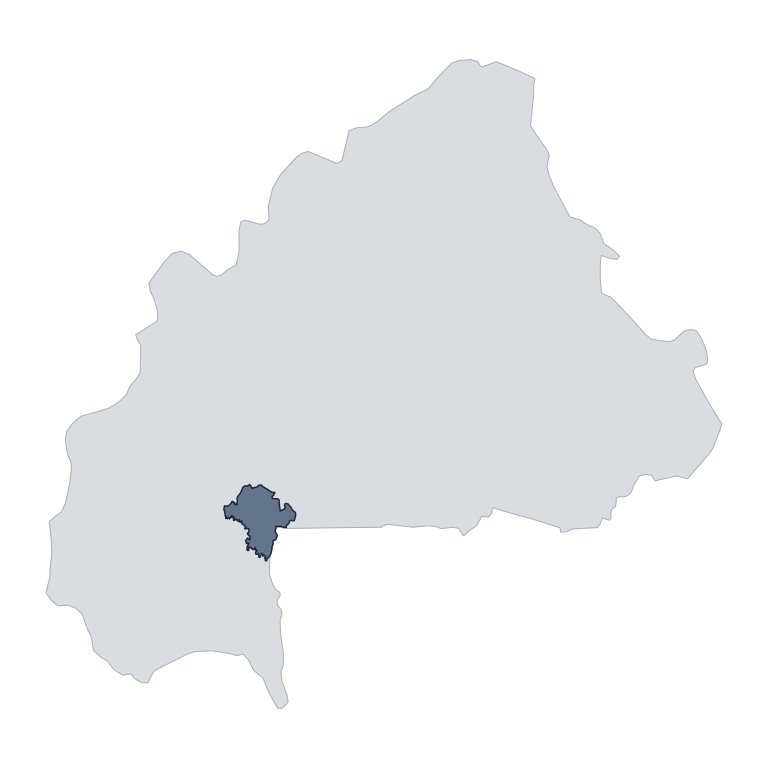 Ioba, Ioba, Burkina Faso shown in context
{"feature_id": "67063806B47797635439115", "entity_name": "Ioba", "entity_type": "district", "adm_level": 2, "iso_a3": "BFA", "parent_name": "Burkina Faso", "parent_adm1": "Ioba", "projection": "equal_earth", "projection_center": [-3.138, 11.037], "detail": "fine", "context": "in_parent", "style": "filled", "palette": "slate", "viewbox_px": 768, "rotation_deg": 0, "n_neighbors": 0, "source": "geoboundaries", "source_scale": "gbopen_adm2", "svg_char_len": 8850}
<svg xmlns="http://www.w3.org/2000/svg" viewBox="0 0 768 768"><path d="M595.4,527.7L573.4,528.8L565.4,532.0L560.5,532.1L560.4,529.4L559.8,527.8L532.0,518.9L512.5,513.6L492.7,507.7L491.6,513.2L488.8,516.8L484.6,517.0L481.6,516.2L479.6,520.4L476.4,526.0L471.8,528.8L467.3,532.2L464.8,535.2L463.0,535.3L458.5,528.2L452.5,527.4L441.2,528.6L436.2,526.7L429.3,525.7L413.0,527.2L387.0,524.3L382.8,525.9L381.7,527.2L355.9,527.5L327.6,527.9L303.9,528.2L283.2,528.5L283.2,527.2L276.5,527.1L275.8,529.5L269.9,558.2L269.3,573.8L272.4,583.5L275.9,589.7L279.8,592.2L280.2,595.7L277.1,600.2L277.4,604.8L281.1,609.6L282.0,614.6L280.1,619.9L280.5,632.5L283.3,652.5L283.4,665.4L280.8,671.3L282.0,681.5L287.2,695.8L288.1,701.8L286.2,704.6L282.0,708.4L277.7,708.2L272.7,699.6L270.5,695.7L266.4,686.9L263.0,678.1L258.3,674.2L253.8,670.6L248.2,659.4L242.9,654.1L237.2,655.6L228.9,653.5L212.2,650.8L194.3,651.6L186.8,654.2L179.5,658.2L160.8,667.2L153.5,671.6L147.9,682.9L141.6,682.6L135.2,679.0L131.2,673.9L122.8,675.1L114.5,670.1L106.6,660.4L100.8,657.2L93.3,650.1L91.3,636.7L86.6,627.3L82.3,614.2L75.8,608.3L68.4,605.2L58.1,605.9L51.4,600.6L46.1,593.0L47.5,586.3L49.9,576.9L50.2,567.9L51.9,553.2L50.9,534.8L49.1,522.0L54.8,516.7L61.4,511.9L65.4,503.2L69.7,483.7L71.6,466.8L70.3,460.6L68.1,455.6L66.4,448.3L65.4,439.5L66.6,431.7L71.6,424.5L77.8,418.6L82.2,415.7L93.9,412.7L108.5,408.2L117.0,403.2L123.1,398.1L126.6,394.1L130.1,385.9L135.7,379.6L140.1,373.2L140.7,355.3L140.7,345.2L137.5,339.6L135.7,334.8L157.4,320.9L157.5,311.0L154.5,300.0L150.3,291.2L148.8,283.6L154.8,274.6L160.1,267.9L163.9,262.1L172.5,253.4L181.3,251.1L189.3,254.4L212.9,275.0L217.0,276.3L221.9,274.7L228.1,269.3L236.2,265.0L239.2,251.3L238.9,231.1L240.8,221.8L245.0,220.2L258.6,224.0L262.2,224.2L266.1,222.9L269.0,219.4L268.8,212.9L268.2,207.1L272.6,188.4L280.7,174.3L297.0,156.7L302.1,153.2L308.0,151.4L337.3,163.5L342.0,160.5L349.1,130.5L357.0,127.7L366.5,127.2L372.7,124.6L375.9,122.5L389.8,111.2L414.2,95.7L427.4,89.1L430.0,86.6L439.4,75.6L451.8,63.1L459.8,60.5L470.8,59.6L477.8,61.7L479.7,65.3L482.0,67.1L496.3,61.7L517.0,70.2L534.9,78.6L533.7,83.9L533.7,93.3L532.3,108.1L530.6,125.9L538.0,137.4L546.9,149.8L549.3,154.6L547.0,166.8L548.7,174.0L553.4,185.9L561.4,201.1L569.7,216.7L575.3,218.7L580.7,220.0L584.0,222.8L588.8,225.5L593.5,227.2L597.7,230.6L600.4,234.0L603.8,243.6L613.1,250.0L619.5,256.3L617.0,259.4L609.0,258.2L601.4,255.4L600.4,260.0L600.2,277.7L601.5,292.4L603.3,294.4L610.9,297.1L629.1,316.2L645.5,334.3L651.0,339.0L660.1,340.8L670.2,341.5L674.6,339.9L684.3,330.8L689.5,329.7L694.4,330.0L697.0,331.5L701.7,338.9L706.2,350.1L707.6,358.4L707.2,362.9L705.7,364.6L697.6,366.7L694.2,368.4L693.3,370.8L694.6,376.4L696.2,380.0L705.1,396.3L718.0,418.1L721.9,423.8L719.8,430.3L713.4,447.4L708.6,454.5L687.4,478.8L676.9,475.9L654.9,480.8L651.6,475.2L646.4,474.5L640.1,475.5L637.8,477.6L637.1,480.0L634.8,483.3L630.8,492.9L627.7,495.4L623.8,496.9L619.0,496.7L616.2,497.9L616.2,502.7L615.4,506.8L612.1,508.9L610.8,513.5L611.1,518.1L609.2,520.2L605.0,519.1L602.6,517.8L600.3,523.7L597.4,527.7L595.4,527.7Z" fill="#d9dde1" stroke="#a8b0b8" stroke-width="1"/><path d="M274.8,492.7L274.7,492.5L274.3,492.7L273.9,492.6L273.3,492.3L272.7,492.5L272.0,492.3L271.4,491.9L271.1,491.8L270.8,491.5L270.1,491.3L269.7,491.0L269.4,490.6L268.4,490.1L268.1,489.8L268.0,489.6L267.8,489.5L267.4,489.5L266.8,488.9L266.3,488.7L263.5,487.1L262.8,486.6L262.2,485.9L262.0,485.7L262.0,485.8L261.2,485.3L259.9,485.0L259.3,485.0L258.3,485.6L257.2,487.0L255.7,487.4L254.3,487.5L253.4,487.9L253.1,488.0L252.7,488.4L252.4,488.5L252.0,488.3L251.8,487.6L251.3,486.6L250.6,485.6L249.6,484.5L248.8,485.3L247.9,485.9L247.5,486.0L245.9,485.8L245.2,485.9L243.7,486.7L243.0,487.3L242.7,487.7L242.3,488.9L241.4,490.8L240.9,492.3L240.3,493.3L238.0,496.1L237.5,496.9L237.3,497.7L237.1,498.2L237.1,499.7L237.4,500.5L237.5,500.8L237.4,501.5L237.4,502.1L237.2,503.0L237.2,503.7L237.0,503.4L236.8,503.4L236.5,503.4L236.2,503.3L235.9,504.0L235.6,504.2L235.5,504.7L235.1,504.6L234.9,504.4L234.6,503.8L234.3,503.7L234.3,502.8L234.1,502.9L233.9,502.4L233.7,502.3L233.5,502.2L233.3,502.2L233.2,501.8L232.8,501.5L232.6,501.4L232.2,501.4L231.8,501.7L231.3,503.0L230.7,503.7L229.0,505.4L227.5,506.1L227.2,506.4L226.1,506.1L224.5,506.0L224.3,507.0L224.0,507.9L224.1,509.0L223.9,509.6L224.1,510.4L224.7,511.3L224.8,513.0L225.2,514.4L225.2,515.0L225.1,515.3L225.1,515.9L225.9,516.7L225.9,516.9L225.7,517.4L225.8,517.9L226.1,518.0L226.0,518.3L226.3,518.3L226.7,517.8L226.8,517.9L226.8,517.7L227.2,517.7L227.3,517.9L227.8,518.4L228.6,517.7L228.7,517.8L228.9,518.1L229.3,518.3L229.5,518.6L230.1,517.4L230.7,517.5L230.8,517.7L231.1,517.5L231.2,517.3L231.2,516.6L231.3,516.5L231.4,516.1L231.6,515.9L231.9,515.8L231.8,516.0L231.6,516.1L231.6,516.3L231.9,516.9L232.2,517.4L232.6,517.5L233.3,517.5L233.5,517.3L233.6,516.9L233.7,517.0L233.7,517.6L233.9,517.4L234.0,517.5L234.1,517.8L234.0,518.0L233.9,518.2L233.4,517.9L233.3,518.0L233.6,518.9L233.5,519.6L233.8,519.9L233.7,520.4L234.0,520.4L234.0,520.2L234.6,519.8L234.8,519.9L235.0,519.6L235.4,519.4L235.7,519.5L235.8,519.3L236.0,519.5L236.3,519.3L236.6,519.7L236.8,519.8L237.1,519.7L237.1,520.1L237.5,520.3L237.4,520.5L237.6,520.7L237.5,520.8L237.9,521.1L238.1,521.0L238.1,520.8L238.4,521.1L238.6,520.6L238.9,520.6L238.9,520.0L238.9,519.9L239.1,519.8L239.4,520.1L239.4,520.8L239.5,521.3L239.5,521.7L240.1,522.1L240.3,522.1L240.8,521.4L241.2,520.9L241.7,520.9L241.9,521.0L242.0,521.6L241.9,521.7L241.7,522.3L241.9,523.5L242.3,523.6L242.5,523.8L242.5,524.3L243.1,524.7L243.5,524.6L243.7,524.9L244.3,525.3L245.0,525.9L245.2,526.1L245.0,526.6L245.3,526.8L245.5,526.8L245.4,527.2L244.9,528.0L244.8,528.5L245.0,528.9L246.2,528.8L246.6,528.4L246.8,528.5L247.0,528.5L247.2,528.3L247.6,528.5L248.1,528.4L248.5,529.0L248.7,528.9L249.0,529.3L249.1,529.6L249.0,530.4L249.1,530.7L249.0,531.2L248.9,531.5L248.9,531.9L248.5,532.8L248.2,532.6L247.9,533.1L247.4,533.4L247.6,534.0L248.3,535.1L248.7,535.5L249.0,535.5L249.2,536.0L249.5,536.3L249.7,536.5L249.8,537.0L249.8,537.3L250.4,538.3L249.8,539.4L249.5,539.7L249.2,539.7L248.2,538.4L247.9,538.2L247.6,538.2L247.3,538.4L247.0,539.0L246.7,539.0L246.2,539.6L246.2,540.0L245.7,540.7L245.6,541.0L245.7,541.3L245.9,541.4L246.0,541.7L246.3,542.0L246.4,542.5L246.6,542.4L246.7,542.5L246.8,542.7L247.1,543.1L246.9,543.4L247.0,543.4L247.3,543.2L247.6,543.4L247.9,543.1L248.2,543.0L248.5,543.3L248.8,543.5L248.7,544.0L248.3,544.5L248.0,545.0L248.0,545.6L248.0,546.3L247.9,546.5L247.4,546.0L247.2,546.4L247.1,547.1L247.0,547.4L247.0,547.7L247.4,548.6L247.6,548.7L247.6,548.9L247.4,549.1L247.2,549.3L247.1,549.2L247.0,549.3L247.0,549.7L247.3,550.4L247.8,550.5L248.2,550.5L248.7,550.2L248.9,550.0L248.9,549.7L248.6,548.9L248.6,548.4L249.1,547.7L250.0,547.1L251.4,548.1L251.4,548.5L251.7,548.7L252.6,549.1L252.8,549.4L253.2,549.6L254.0,549.1L255.1,547.7L255.4,547.7L255.5,548.1L255.4,548.4L255.0,549.3L254.9,549.7L254.9,549.8L255.1,549.9L255.6,549.8L256.0,549.9L256.2,550.2L256.6,550.1L256.9,550.2L257.0,550.3L257.0,550.6L256.8,550.9L256.2,551.3L255.7,552.0L255.6,552.4L255.6,553.5L255.7,553.8L255.9,554.1L256.2,554.4L256.9,554.2L257.4,554.2L257.8,553.9L258.4,553.2L258.5,553.3L258.7,554.9L258.8,555.3L258.7,556.3L258.7,556.8L259.0,557.1L259.6,557.4L259.9,557.3L259.9,557.0L260.2,556.8L260.6,555.5L261.2,554.8L261.3,554.4L262.1,553.4L262.3,553.4L262.8,554.2L263.0,554.4L262.8,556.0L263.5,555.7L264.5,555.6L265.2,556.0L265.6,556.5L265.7,557.0L265.5,557.3L265.0,557.5L264.7,558.2L265.1,558.4L265.2,558.7L265.3,560.2L265.5,560.7L265.7,560.8L266.0,560.6L266.7,560.7L266.8,560.5L267.0,559.6L267.2,558.9L267.6,558.4L268.8,557.2L270.4,554.5L271.1,552.9L271.7,550.1L271.9,548.6L272.0,546.8L272.9,544.8L273.2,543.8L273.0,542.3L273.1,540.9L273.3,540.5L273.8,540.2L274.4,540.3L275.6,539.7L276.2,538.8L276.9,536.9L277.2,535.5L277.1,534.8L276.7,533.8L275.7,532.6L275.2,531.5L275.5,530.1L275.5,529.4L275.6,529.1L276.0,527.0L276.1,526.4L278.1,526.5L281.4,526.4L282.3,527.1L283.0,527.1L283.8,527.3L286.3,527.3L286.3,526.5L286.5,525.9L286.9,525.1L288.2,524.1L288.6,523.7L288.9,523.1L289.3,522.0L289.4,520.9L289.6,520.7L290.3,520.4L291.7,520.5L292.9,520.8L293.5,520.8L294.2,520.5L294.4,520.2L294.9,518.5L295.3,517.2L295.5,515.6L295.6,513.9L295.6,513.4L295.4,512.8L295.1,512.3L294.7,511.9L293.8,511.2L292.6,510.2L291.7,509.0L290.9,507.2L289.9,506.2L288.3,504.2L287.7,503.8L287.2,503.6L286.2,503.5L285.5,503.6L285.0,503.9L284.7,504.3L284.6,504.7L284.6,505.4L285.1,507.9L285.1,508.3L284.5,508.8L280.2,511.0L280.1,509.6L279.8,508.0L279.6,507.1L279.5,505.8L279.4,504.7L279.2,503.7L279.3,501.3L279.0,500.2L278.7,499.5L278.2,499.0L277.7,498.8L276.1,498.7L275.9,498.8L275.0,498.8L274.3,498.7L273.6,498.8L273.1,498.5L272.6,498.4L272.4,498.2L272.2,497.9L272.1,497.4L272.2,496.7L272.3,496.5L272.5,496.2L273.3,495.5L273.7,495.0L274.4,493.3L274.8,492.7Z" fill="#64748b" stroke="#1e293b" stroke-width="1.5"/></svg>